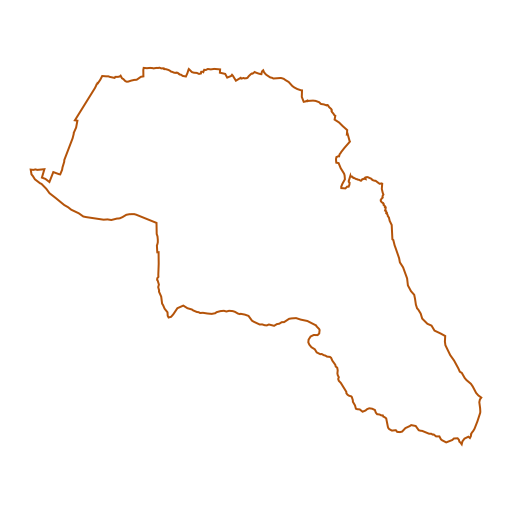 the district of Derna, Bihor, Romania
{"feature_id": "2599482B80788744721103", "entity_name": "Derna", "entity_type": "district", "adm_level": 2, "iso_a3": "ROU", "parent_name": "Romania", "parent_adm1": "Bihor", "projection": "orthographic", "projection_center": [22.291, 47.2], "detail": "fine", "context": "isolated", "style": "outline", "palette": "amber", "viewbox_px": 512, "rotation_deg": 0, "n_neighbors": 0, "source": "geoboundaries", "source_scale": "gbopen_adm2", "svg_char_len": 5969}
<svg xmlns="http://www.w3.org/2000/svg" viewBox="0 0 512 512"><path d="M481.3,397.6L478.3,395.4L476.1,392.9L472.8,386.6L470.9,383.8L466.5,380.1L464.7,378.0L461.8,372.9L459.8,371.7L458.4,368.5L454.1,360.6L450.2,355.1L445.4,345.2L444.9,341.6L445.2,336.0L440.8,333.6L434.5,330.6L431.5,325.6L427.4,323.8L422.2,318.6L420.7,313.6L418.2,309.5L417.1,308.4L415.9,304.7L415.0,298.7L414.2,294.8L411.0,291.2L407.9,285.4L407.1,278.4L403.1,267.4L399.9,262.4L399.1,258.2L395.8,248.6L394.6,245.3L393.3,240.0L392.4,239.3L391.7,225.0L389.7,220.9L388.9,217.5L387.8,216.1L387.8,215.5L387.0,213.6L386.6,213.6L386.3,213.3L386.8,212.7L386.1,211.9L386.2,211.3L385.9,211.1L385.7,210.6L385.1,210.5L385.5,209.2L385.7,207.5L385.0,207.3L385.2,206.7L384.7,205.9L383.7,205.2L383.8,204.1L383.1,203.6L383.1,203.0L381.9,202.4L380.9,201.3L380.7,200.1L381.1,199.7L381.5,198.7L382.7,197.6L382.5,196.9L382.7,195.7L383.4,194.6L382.7,192.7L381.8,188.9L382.2,183.7L381.4,183.4L379.8,183.8L378.9,183.3L375.6,180.8L374.4,180.7L372.4,180.0L371.4,178.8L367.6,177.1L366.8,177.1L366.2,177.5L365.4,177.4L365.0,177.8L365.5,179.1L363.9,178.7L363.3,179.1L362.4,179.1L361.2,180.7L360.6,180.7L359.3,179.9L357.7,179.6L356.9,179.1L356.2,179.1L353.6,177.7L353.3,177.9L351.9,176.5L351.5,176.7L350.5,176.1L350.4,175.7L348.7,181.1L348.8,181.9L349.6,182.7L349.4,184.8L348.6,186.7L347.2,186.6L345.4,188.4L341.3,188.1L341.2,186.8L342.4,183.8L344.9,179.3L344.6,175.5L344.1,173.7L340.7,168.2L338.6,163.1L336.3,162.7L336.0,159.7L336.1,158.4L336.5,157.0L337.0,156.9L338.3,156.2L339.1,156.3L339.6,154.3L340.5,153.2L341.2,152.0L344.5,147.8L349.9,141.6L349.5,140.7L347.6,133.8L346.9,134.2L347.2,130.1L342.6,126.0L339.1,122.5L334.6,119.6L335.3,115.8L334.9,115.6L333.9,114.6L333.7,114.0L332.0,112.0L331.5,111.0L331.7,110.8L331.8,110.1L331.2,109.0L329.3,107.3L328.5,106.3L328.2,105.5L327.4,105.0L327.0,105.0L326.6,105.4L323.8,104.4L321.1,104.0L320.4,103.6L319.8,102.8L319.1,102.2L315.6,100.9L313.0,100.6L308.5,100.9L307.4,101.2L307.3,100.6L305.0,101.6L303.7,101.8L301.8,96.9L302.0,90.4L301.0,90.3L297.2,89.0L294.2,87.4L292.3,86.0L288.7,82.0L285.5,80.1L283.7,78.8L281.5,78.1L280.4,78.0L273.4,78.5L272.0,77.8L270.2,77.4L266.3,74.8L265.3,73.8L264.0,72.2L263.2,70.3L262.3,71.1L261.8,72.1L261.4,74.2L261.1,74.2L258.7,73.6L255.3,72.4L254.7,72.0L252.8,73.5L252.3,73.7L251.9,73.5L250.9,74.1L248.7,76.2L247.5,77.8L246.5,78.2L244.6,78.4L243.6,78.0L241.3,78.6L240.7,77.8L235.9,80.7L232.9,75.8L232.0,74.8L231.1,76.0L227.2,77.6L225.2,73.9L219.9,72.7L220.1,69.4L214.3,68.9L210.8,69.4L207.8,69.0L205.8,70.0L204.2,69.8L203.3,72.1L202.7,71.7L201.2,71.8L200.9,73.5L199.0,73.9L196.8,72.9L193.9,72.7L191.9,72.1L188.8,69.0L188.6,69.4L187.4,73.2L185.9,76.5L182.6,75.9L181.2,74.8L179.6,74.5L178.9,74.0L179.0,73.8L177.6,72.8L176.5,72.6L176.4,72.9L175.4,72.9L173.9,72.6L172.3,71.9L171.0,71.6L170.2,70.9L168.6,70.0L165.7,69.1L164.2,69.1L163.8,68.9L163.8,68.4L163.4,68.3L161.3,68.4L159.4,67.7L158.1,68.0L156.6,67.9L153.5,68.4L152.5,68.1L150.1,67.9L146.9,68.2L143.7,67.9L143.3,70.0L143.4,76.4L140.9,76.8L136.9,79.6L136.2,79.8L134.3,79.9L131.2,80.6L127.9,81.7L126.6,81.7L125.2,81.0L123.4,79.1L122.0,78.3L120.6,75.7L119.7,76.5L117.8,76.9L115.3,76.9L114.6,77.9L109.8,76.9L108.3,76.3L105.8,76.3L102.2,76.0L100.3,79.7L98.0,83.1L97.6,83.0L97.5,83.7L96.6,84.3L96.1,85.7L94.9,88.1L74.9,120.3L77.4,120.7L76.1,127.6L73.7,133.0L73.8,133.6L72.6,138.3L64.3,160.0L64.2,161.8L62.5,167.4L62.1,169.8L60.2,174.4L59.1,174.2L53.3,172.1L49.4,182.0L45.4,178.9L41.9,177.6L44.4,169.2L37.3,169.9L35.4,169.4L33.4,169.9L30.7,169.6L31.5,174.4L32.9,176.1L34.9,179.3L40.1,183.3L41.5,183.9L46.3,188.8L49.5,193.2L55.8,198.1L64.2,205.0L68.2,207.3L71.2,209.7L78.8,213.3L83.3,216.5L86.2,217.1L103.6,219.7L107.5,219.4L111.3,220.0L117.2,218.5L118.3,218.5L119.8,218.3L122.5,217.1L126.3,214.8L129.5,214.2L134.1,214.1L136.2,214.7L156.5,222.9L156.7,234.0L157.5,236.4L157.8,239.7L157.8,242.3L157.4,244.1L156.9,245.5L157.2,251.0L157.3,252.3L158.6,252.2L158.6,254.9L158.7,263.9L158.3,274.6L158.4,276.9L157.3,278.2L157.1,279.9L157.6,280.3L158.9,284.6L158.2,287.1L159.1,290.4L159.0,291.7L161.2,296.6L162.1,303.6L163.1,305.2L164.6,308.7L167.5,312.3L167.7,315.8L168.6,317.5L171.1,316.8L173.3,314.3L177.4,308.2L183.3,305.6L187.4,308.2L191.9,309.5L193.1,310.4L196.9,312.0L198.6,312.2L200.1,313.0L202.9,312.8L207.4,313.5L211.7,313.9L215.3,313.2L216.5,312.2L220.5,311.1L223.9,310.8L226.4,311.5L229.1,310.8L232.7,311.1L234.9,311.8L238.0,313.6L239.9,314.1L240.7,313.8L244.8,314.6L248.5,315.9L252.0,320.7L253.9,321.8L259.7,324.5L262.2,324.4L264.6,325.2L266.8,325.4L268.9,324.5L274.1,325.8L276.9,324.1L279.3,323.7L281.7,322.2L284.1,322.1L289.1,318.8L291.6,318.4L296.1,318.1L300.7,319.6L307.4,321.0L316.2,325.5L316.4,326.2L319.2,329.1L319.6,330.1L319.2,333.5L317.6,335.1L313.7,335.0L310.6,336.5L308.6,339.6L308.3,342.3L309.3,344.6L311.4,347.2L314.8,349.3L316.7,352.4L320.3,354.2L321.7,354.0L323.8,355.2L325.4,355.6L327.0,356.6L329.9,356.9L331.1,357.8L332.3,360.6L335.3,364.8L335.7,366.5L337.2,367.7L337.7,370.3L337.4,373.5L337.8,375.3L338.8,377.2L338.2,379.0L338.8,380.8L340.8,382.9L346.3,391.8L346.4,393.3L347.6,394.8L349.0,395.7L351.3,396.4L351.8,397.0L352.8,400.1L352.9,401.8L355.0,405.4L355.9,408.7L357.2,409.2L359.7,409.4L362.6,411.7L365.5,410.5L367.2,409.1L369.3,408.3L372.1,408.7L374.9,410.0L375.8,412.6L377.1,414.2L379.6,414.5L381.3,415.4L382.8,415.4L383.3,416.6L384.5,417.1L386.2,418.4L387.9,426.9L388.3,428.0L389.2,429.1L391.9,430.6L395.8,430.2L397.2,431.9L400.0,432.1L402.1,431.6L405.4,428.1L409.7,426.1L411.2,425.1L415.7,426.0L418.7,430.2L420.4,430.7L422.2,430.9L429.0,433.7L431.4,433.8L432.6,434.6L433.7,434.5L436.1,436.4L439.4,436.4L440.9,439.3L442.0,440.2L446.2,442.4L452.3,440.0L453.9,438.5L457.6,438.3L458.9,439.8L459.4,441.7L460.4,442.5L461.7,444.3L462.4,441.4L464.5,438.6L468.4,436.7L469.9,438.0L470.8,436.3L471.2,434.3L471.0,434.1L471.9,432.6L473.2,431.0L474.5,428.8L477.4,421.4L480.2,412.8L480.3,411.4L480.1,408.1L479.3,402.2L479.9,399.5L481.3,397.6Z" fill="none" stroke="#b45309" stroke-width="2"/></svg>